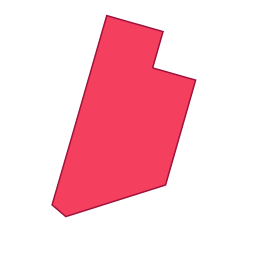 the border of Ghanzi, rotated 106°
{"feature_id": "BWA-1191", "entity_name": "Ghanzi", "entity_type": "District", "adm_level": 1, "iso_a3": "BWA", "parent_name": "Botswana", "parent_adm1": "", "projection": "natural_earth1", "projection_center": [20.983, -22.159], "detail": "fine", "context": "isolated", "style": "filled", "palette": "rose", "viewbox_px": 256, "rotation_deg": 106, "n_neighbors": 0, "source": "natural_earth", "source_scale": "10m", "svg_char_len": 603}
<svg xmlns="http://www.w3.org/2000/svg" viewBox="0 0 256 256"><g transform="rotate(106 128 128)"><path d="M25.8,179.4L25.8,174.7L25.8,167.0L25.8,159.3L25.8,151.6L25.7,144.9L25.7,138.2L25.7,131.5L25.7,124.7L25.7,120.9L34.5,120.9L43.3,120.9L52.0,120.9L60.8,120.9L63.0,120.9L63.5,119.3L63.5,117.4L63.4,114.8L63.4,112.3L63.4,109.7L63.4,107.1L63.4,104.5L63.4,102.0L63.4,99.4L63.4,96.8L63.4,94.2L63.4,91.7L63.4,89.1L63.4,86.5L63.4,83.9L63.3,81.4L63.3,78.8L63.3,76.2L64.0,76.2L172.4,76.2L230.3,163.4L222.8,179.8L141.0,179.5L26.6,179.4L25.8,179.4Z" fill="#f43f5e" stroke="#9f1239" stroke-width="1.5"/></g></svg>